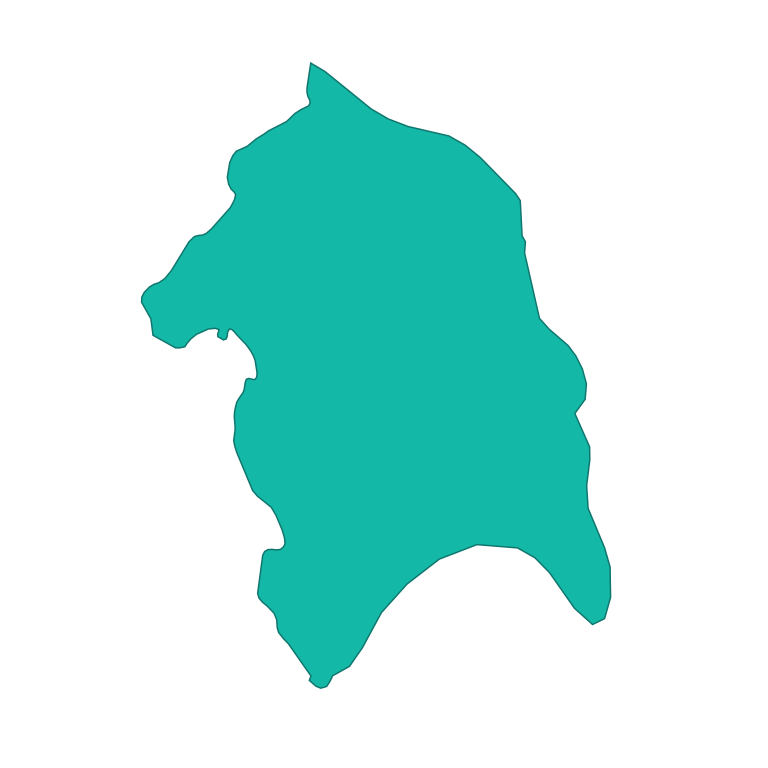 outline of Paphos, rotated 187°
{"feature_id": "CYP-3465", "entity_name": "Paphos", "entity_type": "District", "adm_level": 1, "iso_a3": "CYP", "parent_name": "Cyprus", "parent_adm1": "", "projection": "albers", "projection_center": [32.601, 34.919], "detail": "fine", "context": "isolated", "style": "filled", "palette": "teal", "viewbox_px": 768, "rotation_deg": 187, "n_neighbors": 0, "source": "natural_earth", "source_scale": "10m", "svg_char_len": 2011}
<svg xmlns="http://www.w3.org/2000/svg" viewBox="0 0 768 768"><g transform="rotate(187 384 384)"><path d="M495.8,693.6L480.6,686.9L430.2,655.4L412.1,647.6L391.6,642.5L349.8,638.1L332.5,630.9L316.0,620.5L276.8,589.2L271.1,582.6L265.0,547.9L261.0,542.4L260.4,531.1L237.7,468.1L226.7,458.5L205.9,444.6L197.0,435.2L189.0,423.2L183.1,408.8L182.5,393.3L191.0,378.0L172.3,346.7L170.5,334.1L170.5,308.0L166.3,285.5L145.1,248.3L137.3,229.9L133.1,199.8L136.5,178.0L147.7,170.7L167.6,184.6L196.7,216.9L213.0,229.9L231.5,237.6L272.2,235.9L307.7,217.0L336.8,188.2L358.7,156.8L373.3,119.6L383.9,99.5L399.4,88.2L401.3,82.5L404.1,76.8L409.7,74.4L414.6,75.7L422.0,80.7L420.9,85.3L447.5,114.8L452.3,118.6L458.3,124.5L460.2,128.9L461.8,137.0L465.1,143.0L472.8,149.3L478.0,152.6L482.0,156.3L483.9,160.8L483.5,199.1L482.1,203.1L479.2,205.4L475.0,206.2L470.7,206.2L466.6,207.2L464.2,209.7L462.7,213.2L464.0,219.1L467.2,226.5L475.1,240.4L480.9,247.9L495.9,257.2L501.3,262.1L521.7,297.9L524.6,304.3L526.3,309.5L526.2,320.3L526.8,324.6L528.6,333.2L528.9,338.0L528.6,343.0L527.9,348.0L526.2,352.0L522.7,358.7L522.1,361.8L521.9,368.8L521.2,371.9L519.0,373.0L513.1,372.5L511.6,374.3L511.1,376.0L511.4,379.8L514.8,391.8L517.1,396.1L520.1,400.3L525.3,406.0L536.1,414.9L538.9,417.6L541.6,419.5L544.1,419.9L545.6,416.1L545.4,412.6L546.0,409.6L548.7,408.2L554.6,410.7L555.2,413.1L554.6,415.7L554.5,418.0L558.3,418.7L565.0,417.2L576.1,410.5L581.1,405.4L584.4,400.4L586.2,396.7L591.1,395.0L595.4,394.5L619.2,404.2L623.3,420.3L634.6,435.6L634.9,441.0L633.1,445.8L628.4,451.9L624.3,455.0L619.9,457.0L614.4,461.9L608.9,470.6L594.9,501.4L590.2,507.2L586.6,508.7L582.3,509.7L578.9,511.7L574.2,516.9L557.9,540.5L554.9,548.5L554.3,554.0L556.4,556.5L559.5,558.8L562.5,563.3L564.7,570.0L564.1,584.9L561.9,592.2L558.9,597.1L548.8,603.2L540.7,611.7L533.9,617.1L529.6,621.1L512.7,632.6L505.3,641.7L499.5,646.5L492.8,650.8L491.6,653.7L492.3,656.8L494.5,660.0L495.9,663.8L496.5,668.4L495.8,693.6Z" fill="#14b8a6" stroke="#0f766e" stroke-width="1.5"/></g></svg>